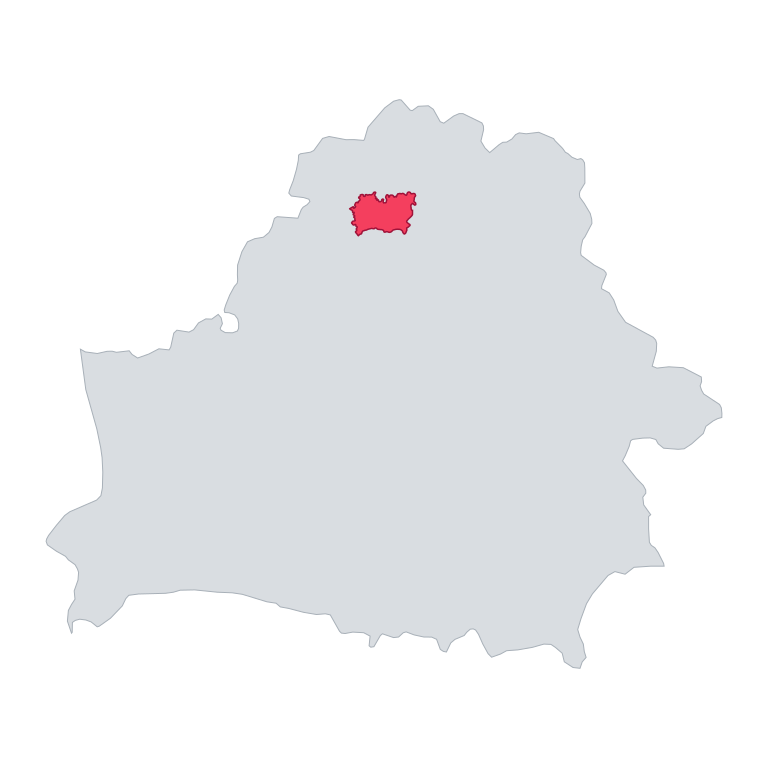 location of Hlybokaye, Vitebsk, Belarus
{"feature_id": "67162791B12228546801080", "entity_name": "Hlybokaye", "entity_type": "district", "adm_level": 2, "iso_a3": "BLR", "parent_name": "Belarus", "parent_adm1": "Vitebsk", "projection": "albers", "projection_center": [27.835, 55.173], "detail": "fine", "context": "in_parent", "style": "filled", "palette": "rose", "viewbox_px": 768, "rotation_deg": 0, "n_neighbors": 0, "source": "geoboundaries", "source_scale": "gbopen_adm2", "svg_char_len": 9699}
<svg xmlns="http://www.w3.org/2000/svg" viewBox="0 0 768 768"><path d="M664.1,566.2L650.4,566.2L634.0,567.3L625.1,574.2L614.9,571.6L608.0,575.5L592.4,593.9L586.5,603.7L581.0,618.6L577.7,629.5L580.0,637.1L583.3,644.0L584.3,651.6L586.1,657.4L582.2,661.9L580.0,668.3L573.0,667.5L564.3,661.8L562.2,653.2L555.4,647.4L551.0,644.4L543.9,644.1L532.6,647.3L517.8,649.9L506.6,650.7L500.6,654.0L491.6,657.2L488.1,653.7L482.8,644.0L478.5,634.3L475.6,630.0L473.2,628.9L470.2,629.2L466.7,632.3L464.2,635.5L454.9,639.4L450.8,642.9L446.4,652.0L443.4,651.4L440.3,649.4L436.6,639.3L431.7,637.1L423.8,637.0L414.1,634.9L406.2,631.9L403.3,632.7L398.6,637.0L393.6,637.6L382.4,633.8L380.3,635.6L373.9,646.7L370.8,647.2L369.1,645.8L370.1,636.1L363.7,632.7L352.8,632.1L345.1,633.5L341.4,633.1L339.5,631.2L330.3,614.9L325.4,613.8L316.5,614.5L303.5,612.3L288.6,608.4L280.3,606.9L276.1,603.2L266.9,601.8L242.3,594.3L232.2,592.8L217.3,592.2L194.7,589.9L180.2,590.2L173.4,592.2L165.5,593.3L138.5,594.0L128.8,595.3L125.8,598.6L122.3,605.9L110.5,618.2L99.2,626.2L97.2,626.8L91.1,621.9L85.9,620.0L79.7,619.2L75.3,620.4L72.4,622.4L72.2,632.3L71.5,633.2L67.4,621.1L68.4,610.4L71.5,604.5L75.0,599.2L74.2,590.9L78.0,580.1L78.6,572.3L77.4,568.8L75.1,564.7L68.4,559.9L65.5,556.3L56.4,551.2L47.4,544.9L46.1,541.3L46.7,538.9L48.6,535.4L56.4,525.3L64.7,515.5L69.9,511.7L96.6,500.1L100.9,495.7L102.4,488.0L102.8,472.2L102.1,457.7L100.7,447.7L96.8,428.8L85.8,389.6L80.4,349.2L85.3,351.9L97.3,353.5L107.1,351.3L112.1,351.2L116.4,352.3L129.2,350.8L132.1,354.5L137.6,358.0L148.9,354.0L158.9,348.8L169.1,349.9L170.7,347.2L173.8,333.1L176.9,330.2L189.0,332.1L193.6,329.7L198.5,322.9L205.8,318.9L211.8,319.1L218.2,314.4L221.1,317.8L222.4,323.7L220.2,328.3L221.0,330.2L225.2,332.6L232.6,332.8L237.4,331.0L238.6,328.3L238.7,323.5L237.7,318.9L234.7,314.9L228.9,312.7L224.8,312.5L224.2,310.0L225.8,304.8L229.7,295.1L234.4,286.4L237.2,283.2L237.7,280.1L237.4,274.7L237.6,265.1L241.9,251.7L247.5,241.8L254.7,238.7L263.4,237.2L269.0,232.5L271.9,227.0L274.4,218.4L277.2,216.7L297.9,218.2L301.3,209.6L303.1,207.2L307.1,204.7L309.9,201.6L308.9,199.2L303.7,197.6L291.3,196.0L288.8,193.1L289.7,189.7L293.2,180.8L296.5,169.3L298.3,160.4L298.6,155.1L300.3,153.8L310.4,152.2L313.8,150.5L322.6,138.4L329.1,136.5L346.0,139.7L353.8,139.6L363.7,140.4L364.5,139.2L368.0,127.2L384.7,107.9L393.6,101.2L399.2,99.7L401.2,100.0L410.2,110.2L412.3,110.6L418.2,106.3L428.4,105.8L433.3,109.3L440.2,121.7L443.8,123.2L453.7,116.0L459.2,113.6L462.9,113.6L481.9,122.9L483.4,126.0L483.6,129.7L480.9,141.1L485.0,148.0L489.7,152.6L499.3,144.5L502.8,142.3L506.7,142.1L511.9,139.0L515.6,134.6L519.2,132.9L526.2,133.8L538.7,132.3L553.6,138.6L555.0,140.7L562.6,148.4L565.4,152.3L567.8,153.5L571.9,157.2L577.3,159.5L580.9,158.6L582.7,159.8L584.5,162.8L584.8,168.1L584.9,183.1L580.0,191.2L579.4,193.9L579.8,197.2L584.3,203.5L590.2,213.4L591.7,219.2L591.9,223.5L585.0,236.7L582.7,239.8L581.2,246.3L580.6,252.7L581.2,255.4L594.2,265.1L603.8,270.2L606.0,272.8L606.3,274.5L601.8,285.7L601.5,288.7L609.2,292.9L613.7,299.9L617.9,311.4L625.6,322.3L653.2,337.3L655.7,340.1L656.7,343.5L656.3,351.3L652.2,366.2L656.9,368.1L668.8,366.8L683.3,367.7L701.3,377.0L701.6,381.6L700.1,385.9L701.6,390.3L703.7,394.0L719.6,404.5L721.3,407.8L721.9,413.4L721.8,417.5L717.7,418.6L713.2,420.9L705.9,426.3L703.3,433.5L691.6,443.9L684.2,448.8L678.2,449.3L663.6,448.2L658.2,443.8L655.8,439.5L650.2,437.9L642.8,438.1L632.6,439.4L630.6,440.8L629.2,446.3L625.3,455.6L622.5,460.9L636.4,478.4L643.3,485.5L645.7,490.0L645.8,493.2L642.8,497.2L643.7,504.9L650.7,514.7L648.6,516.5L648.6,528.9L649.4,542.3L651.3,545.4L654.9,547.8L658.1,552.5L663.6,563.4L664.1,566.2Z" fill="#d9dde1" stroke="#a8b0b8" stroke-width="1"/><path d="M404.2,234.0L405.2,233.6L405.6,233.1L405.9,232.7L406.1,232.0L406.3,231.5L406.5,231.0L406.8,230.5L406.8,230.2L406.8,229.4L406.7,228.7L406.7,228.0L407.0,227.8L407.2,227.7L407.7,227.4L408.1,227.2L408.6,226.8L409.1,226.2L409.5,226.0L409.8,225.7L410.0,225.4L410.0,225.1L410.0,224.8L409.7,224.4L409.3,224.2L409.1,224.0L408.7,223.8L408.1,223.3L407.6,222.9L407.2,222.6L407.0,222.3L406.7,221.9L406.7,221.5L406.7,221.1L407.6,220.0L408.5,218.9L409.9,217.7L410.4,217.2L410.9,216.7L411.4,216.2L411.7,215.8L412.2,215.2L412.5,214.4L412.5,213.9L412.5,213.1L412.5,211.8L412.5,210.4L412.1,210.4L411.8,210.2L411.5,209.9L411.4,209.6L411.3,209.3L411.1,208.4L411.1,207.5L410.9,207.1L410.9,206.4L410.9,205.6L410.8,205.3L411.0,205.0L412.0,203.9L412.3,203.4L412.7,203.4L413.3,203.9L413.6,204.3L414.0,204.6L414.5,205.0L414.8,205.1L415.1,205.0L415.4,204.9L415.7,204.7L415.8,204.3L415.8,204.0L415.7,203.4L415.5,202.8L415.1,202.5L414.8,202.2L414.4,201.9L414.1,201.5L413.9,201.2L413.9,200.7L414.0,200.4L414.1,200.2L414.2,199.8L414.2,199.3L414.3,198.4L414.3,197.9L414.5,197.4L414.9,196.7L415.2,196.4L415.5,195.9L415.6,195.6L415.4,195.1L415.3,194.7L415.1,194.2L414.8,193.8L414.4,193.6L413.7,193.5L413.1,193.5L412.5,193.7L411.6,193.8L410.9,193.6L410.7,193.2L410.5,192.8L410.3,192.5L409.8,192.3L409.2,192.0L408.8,192.0L408.2,192.2L407.7,192.5L407.5,192.8L407.1,193.4L406.9,194.2L406.9,194.6L406.7,194.9L406.4,195.2L406.1,195.3L405.8,195.2L405.0,194.7L404.3,194.2L403.9,193.8L403.5,193.6L403.0,193.4L402.5,193.4L402.1,193.5L401.7,193.7L401.0,193.8L400.2,193.5L399.6,193.5L398.9,193.7L397.9,193.8L397.5,194.3L397.4,194.5L397.2,194.9L396.9,195.2L396.8,195.5L396.7,196.1L396.6,196.4L396.3,196.9L396.0,196.9L395.7,196.7L395.4,196.4L395.1,196.5L394.8,196.7L394.5,196.9L394.2,197.1L393.8,196.7L393.5,196.5L393.4,195.9L393.0,195.5L392.5,195.2L392.0,195.1L390.8,195.1L390.3,195.2L390.0,195.4L389.8,195.6L389.6,196.0L389.6,196.4L389.5,196.8L389.1,197.1L388.8,197.1L388.7,196.8L388.6,196.2L388.5,195.8L388.3,195.4L388.0,195.1L387.6,194.8L386.8,194.9L386.5,195.1L386.3,195.4L386.0,196.2L385.7,196.9L385.7,197.5L385.9,198.0L386.6,199.5L386.7,199.9L386.7,200.4L386.4,200.9L386.3,201.5L386.3,201.8L386.1,202.5L385.9,202.7L385.5,202.8L384.1,202.8L383.8,202.9L383.5,202.6L383.3,202.4L383.2,201.9L383.2,200.8L383.4,200.4L383.6,199.8L383.6,199.5L383.3,199.2L382.8,199.1L382.5,199.1L382.2,199.3L381.8,199.6L381.6,200.6L381.4,201.0L381.2,201.2L380.7,201.6L380.1,201.7L379.1,201.7L378.8,201.5L378.7,201.3L378.6,200.4L378.5,200.2L378.2,199.9L377.7,200.2L377.3,200.3L377.1,200.3L376.8,200.1L376.8,199.7L377.1,199.0L377.0,198.7L376.9,198.5L376.5,198.6L376.2,198.7L375.9,198.8L375.5,198.5L375.5,198.1L375.9,197.5L375.9,197.1L375.7,196.7L375.2,196.2L374.8,195.7L374.7,195.1L374.9,194.4L375.3,193.7L375.4,193.3L375.7,192.9L375.7,192.5L375.4,192.2L374.9,192.1L374.3,192.2L374.0,192.3L373.6,192.6L373.4,192.9L373.2,193.5L373.0,193.8L372.6,194.1L371.5,194.7L371.1,194.9L370.8,194.9L370.4,194.8L370.0,194.7L369.0,194.7L368.1,195.1L367.7,195.1L367.3,195.1L366.9,194.6L366.4,194.6L365.9,194.6L365.4,194.7L365.2,195.1L365.3,195.7L365.1,196.2L364.8,196.4L364.3,196.4L363.9,196.4L363.7,196.3L363.5,196.0L363.4,195.7L363.4,195.2L363.2,194.8L362.8,194.6L362.3,194.5L361.9,194.5L361.0,194.7L360.3,195.0L360.2,195.3L360.2,196.3L360.0,196.7L359.8,196.8L359.1,196.9L358.9,197.0L358.7,197.3L358.7,197.9L359.0,198.2L359.8,198.8L360.0,199.3L360.0,199.8L359.8,200.3L359.4,200.7L359.1,201.0L358.4,201.4L358.3,201.8L358.3,202.2L358.2,202.6L357.9,202.7L357.6,202.7L357.3,202.5L357.0,202.3L356.6,202.4L356.2,202.5L355.9,202.7L355.6,203.0L355.2,203.9L354.9,204.5L354.8,204.8L354.7,205.2L354.9,205.7L355.4,206.2L355.6,206.5L355.4,207.1L355.0,207.6L354.4,208.0L353.9,208.2L353.5,208.0L353.4,207.7L353.6,207.3L353.6,207.0L353.3,206.8L353.1,206.8L352.5,207.0L351.7,207.6L351.3,207.7L351.1,207.9L350.7,208.1L350.3,208.4L349.8,208.6L349.7,208.8L349.9,209.0L350.4,209.4L351.0,209.8L352.1,210.3L352.5,210.7L352.5,211.6L352.5,211.9L352.7,212.4L352.9,212.6L353.2,212.6L353.5,212.4L354.1,212.4L354.2,212.7L354.1,213.0L354.0,213.4L353.4,214.0L353.2,214.3L353.2,214.6L353.3,214.8L353.5,215.0L354.4,215.4L354.6,215.7L354.7,216.1L354.5,216.5L354.2,216.7L354.0,216.8L353.8,216.9L353.8,217.2L354.1,217.5L354.8,218.0L354.9,218.6L354.8,219.1L354.8,219.4L354.9,219.8L355.1,220.0L355.2,220.3L355.2,220.6L354.8,220.8L354.5,220.9L354.1,221.0L352.9,221.2L352.5,221.4L351.8,222.5L351.6,222.8L351.7,223.2L351.9,223.5L352.3,223.7L352.5,224.1L352.7,224.5L353.0,224.7L353.5,225.0L354.1,225.0L354.4,224.9L354.8,224.6L355.1,224.5L355.4,224.5L355.7,224.7L355.7,225.0L355.8,225.3L356.0,225.8L356.0,226.2L356.2,226.4L356.6,226.6L356.9,226.6L357.2,226.9L357.2,227.4L357.1,227.7L357.0,227.9L356.5,228.5L356.3,228.8L356.3,229.1L356.3,229.3L356.5,229.6L356.8,229.8L356.8,230.3L356.5,230.9L356.1,231.1L355.6,231.5L355.5,232.0L355.7,232.4L356.2,233.1L357.0,234.0L357.4,234.6L357.8,235.2L358.3,235.7L358.6,235.5L358.9,235.2L359.0,235.0L359.5,234.7L359.8,234.4L360.4,234.1L361.1,234.0L361.4,233.8L361.6,233.6L361.7,233.3L361.8,232.8L362.1,232.2L362.3,231.6L362.8,231.1L363.3,230.8L363.9,230.7L364.9,230.3L366.1,230.1L366.6,230.0L367.5,229.5L368.2,229.2L368.8,229.1L369.5,228.9L370.8,228.6L371.1,228.5L371.5,228.4L372.0,228.4L373.0,228.7L373.9,228.7L374.2,228.7L374.4,228.5L374.6,228.4L375.1,228.0L375.5,228.0L375.9,228.0L376.3,228.2L376.7,228.4L377.1,228.9L377.2,229.0L377.9,229.3L378.4,229.4L378.9,229.4L380.6,229.6L381.3,229.6L382.0,229.7L382.5,229.9L383.3,230.3L383.5,230.5L383.7,230.8L383.9,231.6L384.0,231.9L384.4,232.1L384.9,232.2L385.2,232.1L385.8,231.9L386.3,231.7L386.8,231.7L387.1,231.7L387.5,231.8L388.1,232.0L388.7,232.2L389.0,232.3L389.5,232.3L389.8,232.3L390.1,232.2L390.6,232.1L391.0,231.9L391.4,231.7L392.0,231.1L392.4,230.7L392.8,230.3L393.2,230.0L393.8,229.8L394.9,229.6L395.5,229.4L396.2,229.3L398.0,229.2L398.5,229.3L399.4,229.3L400.6,229.6L401.2,230.0L401.7,230.4L402.0,230.6L402.4,231.0L402.8,232.2L402.9,232.5L403.1,232.9L403.4,233.1L404.2,234.0Z" fill="#f43f5e" stroke="#9f1239" stroke-width="1.5"/></svg>